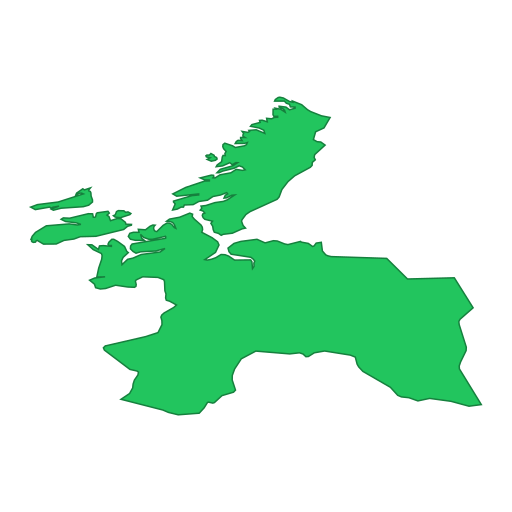 map outline of Sør-Trøndelag (Robinson projection)
{"feature_id": "NOR-911", "entity_name": "Sør-Trøndelag", "entity_type": "County", "adm_level": 1, "iso_a3": "NOR", "parent_name": "Norway", "parent_adm1": "", "projection": "robinson", "projection_center": [9.786, 63.353], "detail": "fine", "context": "isolated", "style": "filled", "palette": "green", "viewbox_px": 512, "rotation_deg": 0, "n_neighbors": 0, "source": "natural_earth", "source_scale": "10m", "svg_char_len": 6061}
<svg xmlns="http://www.w3.org/2000/svg" viewBox="0 0 512 512"><path d="M454.3,277.8L473.1,307.8L460.0,319.3L458.8,321.6L459.2,324.7L466.3,347.2L466.1,350.6L460.6,361.9L459.2,366.0L459.4,368.9L481.3,404.6L469.0,406.2L451.0,401.3L429.6,398.4L417.9,400.9L408.9,397.7L401.4,396.9L397.7,395.3L390.4,387.3L362.9,371.4L358.7,366.9L357.1,364.1L355.3,357.1L350.3,355.1L324.6,351.0L314.3,352.8L308.4,356.5L305.9,356.7L303.0,354.0L299.5,352.8L289.7,353.9L255.8,351.1L241.3,358.8L234.6,369.0L232.3,375.4L232.2,380.0L235.5,390.1L233.5,392.2L222.0,395.6L214.4,402.6L212.8,403.1L208.3,402.1L207.4,402.6L204.1,407.9L199.2,413.2L178.2,414.8L168.4,412.4L162.8,410.0L121.0,399.3L129.6,393.5L132.7,387.9L133.1,384.1L134.4,380.1L137.9,375.0L138.5,372.1L136.9,371.0L129.9,369.4L104.4,350.1L103.4,347.8L105.3,345.9L145.3,336.7L158.0,332.6L162.0,324.6L161.9,320.6L160.9,317.1L161.8,315.0L164.2,312.9L173.7,307.5L176.5,305.0L169.6,301.2L166.3,300.2L165.6,297.9L166.0,294.0L164.9,290.8L164.5,281.6L163.8,279.7L158.0,277.4L142.7,276.8L136.2,279.9L135.4,281.1L136.2,284.6L135.9,286.4L134.5,287.3L127.7,287.0L115.6,285.2L105.6,288.5L100.3,289.0L95.6,287.7L94.5,284.2L89.6,280.2L94.7,278.0L105.1,276.8L96.8,277.0L98.7,268.1L101.7,259.2L102.1,255.6L101.4,253.5L93.2,249.6L87.8,244.7L91.9,244.8L98.4,249.4L99.5,245.9L103.4,245.6L111.4,246.4L111.4,245.5L108.7,245.5L108.0,244.2L108.9,242.2L111.8,239.3L113.8,239.3L117.6,241.4L124.5,246.4L126.8,251.4L128.3,252.6L123.1,257.4L121.5,260.9L122.0,264.7L127.6,259.3L133.0,258.1L141.2,254.5L160.2,252.0L165.0,248.5L155.7,251.0L140.7,251.8L136.0,253.2L133.1,251.5L130.4,248.8L130.6,246.0L132.1,244.0L165.6,238.3L165.8,236.9L165.4,236.3L152.4,239.3L148.9,239.3L143.6,237.4L140.5,234.3L141.7,238.3L144.4,240.4L135.2,240.3L130.4,239.2L128.3,236.4L129.8,233.3L133.3,232.3L139.0,232.3L138.3,229.3L145.5,229.8L150.1,226.2L152.9,225.0L155.1,225.2L154.0,226.4L153.6,228.1L154.0,229.9L155.1,231.2L156.8,231.6L163.2,225.3L167.1,223.0L169.7,223.3L171.7,224.4L174.3,227.6L175.8,228.3L174.4,224.7L172.7,222.5L170.3,221.5L166.6,221.2L169.5,219.1L179.7,217.2L189.8,213.1L192.6,214.2L192.2,216.6L194.4,219.2L201.1,225.1L202.3,227.2L202.6,229.6L201.8,232.3L212.1,237.7L217.6,241.8L219.0,245.0L215.5,252.4L204.8,259.6L207.4,260.1L211.6,259.2L215.8,257.7L221.1,254.5L225.0,254.7L228.7,256.1L234.6,260.1L250.6,259.9L251.9,261.7L252.5,268.6L254.0,266.5L253.9,263.1L254.8,261.1L253.2,259.1L250.9,257.3L231.1,254.2L229.0,251.7L228.0,248.1L234.0,243.4L240.9,241.4L257.0,239.3L265.1,242.9L273.4,240.7L277.3,241.0L284.5,243.9L287.9,244.6L300.6,241.4L301.2,242.1L308.3,243.4L312.6,246.5L314.0,246.0L316.2,243.1L321.3,242.3L322.4,251.0L325.8,254.9L327.8,255.8L331.2,256.6L386.7,258.4L407.5,279.0L454.3,277.8ZM245.5,228.1L242.0,228.9L232.4,233.2L223.3,234.3L221.2,235.3L218.5,233.4L214.3,232.2L213.2,229.6L212.7,226.3L210.9,223.3L212.5,221.2L204.8,219.3L203.1,217.6L202.3,215.6L202.7,214.0L204.8,213.1L203.0,211.0L200.2,210.1L201.8,208.2L201.0,206.1L205.9,205.5L214.9,202.6L223.4,201.4L227.4,199.8L234.7,195.0L231.8,195.2L226.7,197.8L224.0,198.1L225.3,195.2L227.7,193.9L226.7,192.6L220.5,195.0L213.0,196.5L207.5,200.2L198.8,201.5L193.2,204.6L184.3,205.0L183.5,207.1L181.1,207.1L177.3,209.1L172.6,210.0L175.2,203.9L173.5,202.0L173.5,201.1L192.1,195.6L198.7,195.0L198.7,193.9L176.7,196.2L172.8,193.9L185.8,187.4L204.6,181.1L209.4,180.9L209.4,180.0L204.5,179.8L200.2,177.9L211.3,175.1L213.6,175.3L213.8,176.7L213.0,177.8L215.1,177.9L220.1,174.8L230.9,172.8L236.2,169.4L242.6,170.4L245.2,169.8L242.5,167.0L239.1,165.8L234.0,168.3L222.7,171.1L219.1,172.7L217.0,172.7L220.3,169.3L233.0,165.7L237.6,162.7L235.9,162.6L232.2,164.7L229.8,162.7L222.5,165.9L216.2,166.7L217.2,164.9L221.6,161.7L222.3,156.9L223.1,155.4L225.3,155.6L224.9,153.5L226.1,151.5L223.6,148.7L222.8,146.7L223.0,144.6L224.8,143.2L232.6,145.8L235.3,147.5L244.6,145.8L246.5,144.6L247.4,142.5L244.5,143.4L235.2,143.5L236.3,141.5L238.1,140.3L242.1,140.6L240.6,138.5L240.6,137.5L245.1,137.5L243.0,136.2L242.9,135.0L243.6,133.4L242.1,131.4L247.9,132.4L249.6,131.4L248.9,130.4L256.2,129.8L264.8,133.4L263.8,130.2L259.1,128.0L250.5,126.3L251.9,124.6L260.2,122.4L259.5,120.4L262.2,120.2L267.3,121.8L266.6,118.3L271.6,118.8L274.5,117.4L277.7,117.3L277.7,116.3L273.9,116.4L273.0,114.7L273.1,109.2L276.1,109.2L275.3,108.2L280.5,109.2L285.2,112.2L284.5,110.2L282.9,108.7L279.1,107.1L279.1,106.2L286.0,107.1L289.5,109.8L295.1,108.2L295.1,107.1L290.4,106.9L289.5,104.3L286.3,103.2L284.4,101.1L274.6,101.1L275.3,99.5L278.2,97.5L279.8,97.2L283.4,98.0L289.5,101.5L292.8,102.2L292.4,101.0L301.7,104.7L307.5,109.7L310.7,111.6L321.4,115.8L330.1,117.5L324.0,127.9L315.6,131.8L313.4,139.6L317.1,141.7L320.8,142.0L325.1,145.1L314.7,154.6L314.1,157.4L315.3,159.8L312.3,162.4L312.1,165.4L310.3,167.3L294.7,175.8L288.0,181.6L281.9,189.5L279.1,197.0L277.1,199.3L250.1,211.6L245.9,214.5L241.9,219.9L241.6,221.4L243.1,225.5L245.5,228.1ZM125.9,224.2L131.5,224.4L131.4,225.2L127.6,226.3L123.7,229.5L95.9,236.3L80.2,236.7L74.0,239.0L64.0,240.4L56.2,244.0L43.5,244.1L37.2,240.4L36.3,240.7L35.5,242.1L33.4,242.4L32.2,241.9L31.5,241.0L31.8,239.3L31.0,239.3L32.2,236.3L35.5,232.4L46.3,225.8L69.2,223.9L77.3,225.0L80.9,224.4L76.3,222.8L65.5,221.5L61.1,219.3L63.3,217.9L69.6,218.2L88.3,213.7L92.6,213.8L93.3,217.2L94.7,217.3L95.6,216.7L96.3,213.7L97.2,212.8L108.0,211.3L109.3,213.1L107.0,215.1L109.0,216.6L110.5,220.7L117.3,218.5L120.8,218.7L125.4,222.3L125.9,224.2ZM49.7,207.1L35.3,209.6L30.7,207.1L37.4,204.6L58.2,202.0L83.4,193.9L81.6,193.1L79.5,193.2L75.8,195.0L76.6,193.1L82.8,188.8L84.4,189.9L90.4,187.9L88.8,189.9L88.8,190.9L90.3,191.5L90.9,192.9L91.1,196.0L92.5,199.9L92.5,202.0L88.7,205.2L83.3,206.7L61.2,208.2L53.4,210.2L51.2,209.1L59.0,206.1L52.9,207.2L51.2,208.2L49.7,207.1ZM128.0,211.9L130.9,213.5L129.9,214.6L120.4,217.7L115.2,217.1L113.4,215.7L115.3,214.8L116.5,211.6L118.3,210.6L123.9,210.8L125.6,212.3L128.0,211.9ZM214.4,156.5L216.6,157.5L217.1,159.0L215.4,160.3L211.3,161.2L207.1,159.4L210.1,157.8L206.4,156.9L205.9,155.8L206.8,155.1L209.4,155.1L210.9,153.5L214.1,155.3L214.4,156.5Z" fill="#22c55e" stroke="#15803d" stroke-width="1.5"/></svg>